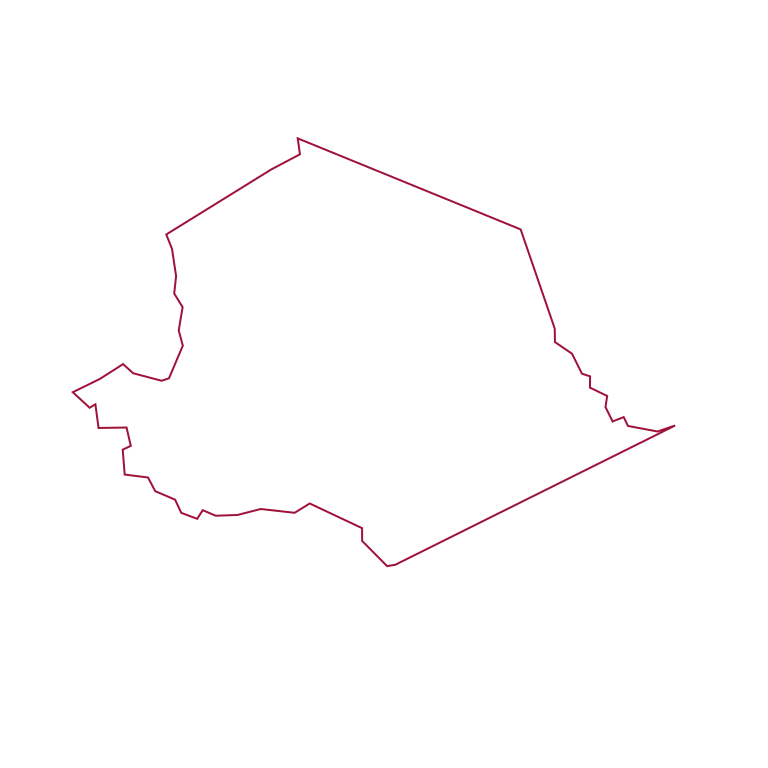 Alpine, California, United States of America (Albers equal-area conic projection), rotated 112°
{"feature_id": "52423323B67588574079428", "entity_name": "Alpine", "entity_type": "district", "adm_level": 2, "iso_a3": "USA", "parent_name": "United States of America", "parent_adm1": "California", "projection": "albers", "projection_center": [-119.752, 38.63], "detail": "fine", "context": "isolated", "style": "outline", "palette": "rose", "viewbox_px": 768, "rotation_deg": 112, "n_neighbors": 0, "source": "geoboundaries", "source_scale": "gbopen_adm2", "svg_char_len": 837}
<svg xmlns="http://www.w3.org/2000/svg" viewBox="0 0 768 768"><g transform="rotate(112 384 384)"><path d="M188.8,496.9L188.6,556.0L202.5,548.0L227.3,568.9L326.9,641.9L338.1,631.2L361.8,617.2L378.7,612.4L388.2,599.5L411.2,594.4L423.8,584.9L459.3,585.5L464.3,591.4L468.0,620.6L463.3,633.4L485.8,649.4L508.2,669.5L516.3,648.0L510.9,644.0L531.7,632.2L520.8,606.4L536.2,595.6L542.7,601.7L565.1,590.5L559.1,567.8L569.1,555.9L569.5,534.4L579.4,523.7L579.0,506.7L568.9,504.8L569.2,490.8L560.4,470.9L546.1,451.5L536.9,418.6L522.6,408.1L525.9,350.3L537.7,345.5L551.7,312.9L547.3,305.7L546.1,304.6L545.6,304.3L313.4,98.5L325.6,112.7L331.5,142.1L324.9,149.4L333.1,158.0L322.4,170.0L311.5,172.6L310.2,191.7L299.7,195.8L300.3,204.3L285.5,221.0L281.1,241.2L268.6,246.5L189.5,315.2L188.8,496.9Z" fill="none" stroke="#9f1239" stroke-width="2"/></g></svg>